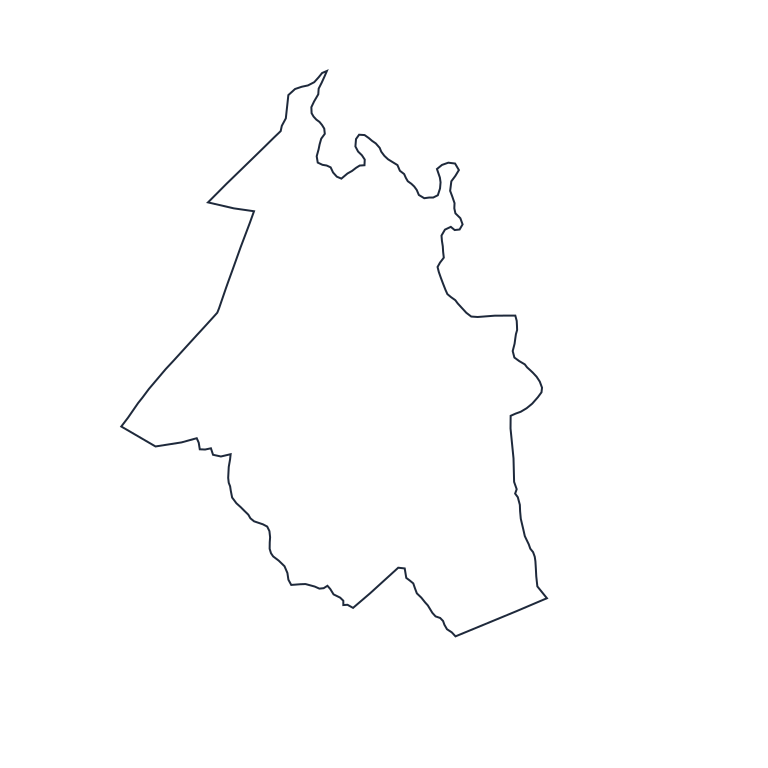 Kabete, Central, Kenya (Robinson projection), rotated 42°
{"feature_id": "3690345B91276718043628", "entity_name": "Kabete", "entity_type": "district", "adm_level": 2, "iso_a3": "KEN", "parent_name": "Kenya", "parent_adm1": "Central", "projection": "robinson", "projection_center": [36.694, -1.21], "detail": "fine", "context": "isolated", "style": "outline", "palette": "slate", "viewbox_px": 768, "rotation_deg": 42, "n_neighbors": 0, "source": "geoboundaries", "source_scale": "gbopen_adm2", "svg_char_len": 3249}
<svg xmlns="http://www.w3.org/2000/svg" viewBox="0 0 768 768"><g transform="rotate(42 384 384)"><path d="M435.8,245.3L420.7,259.0L408.8,271.5L403.7,275.5L397.5,276.0L390.1,275.3L384.9,274.8L380.9,274.0L375.7,274.6L371.0,274.8L366.7,272.9L360.7,269.9L355.3,267.1L349.8,264.1L345.5,261.2L344.4,256.3L343.9,250.1L339.6,246.3L335.5,242.3L331.2,238.8L327.4,235.2L326.0,228.5L328.5,222.5L333.5,222.3L336.8,218.6L335.6,212.8L329.8,209.7L322.9,209.4L318.7,206.4L315.4,202.4L309.3,199.0L303.9,196.2L301.4,192.6L298.4,188.3L297.8,181.7L296.5,174.9L289.3,172.6L283.7,176.5L280.5,182.4L279.5,188.8L287.4,193.2L291.1,196.3L294.8,201.2L297.7,207.7L295.8,212.5L292.8,215.2L289.6,219.0L283.4,220.2L278.5,217.9L274.3,217.0L270.4,216.9L266.0,217.4L262.3,216.2L258.5,214.5L253.1,214.9L247.5,212.3L241.1,213.5L236.6,214.3L231.6,214.2L226.5,213.2L222.8,211.4L216.9,210.7L212.4,211.3L208.1,211.4L203.0,212.0L198.7,215.4L199.3,220.7L203.8,226.6L209.2,228.6L214.5,228.8L219.5,230.1L223.1,234.5L219.8,237.9L218.6,242.0L217.7,247.0L216.0,252.0L214.9,259.9L210.2,261.5L204.6,260.9L199.4,258.7L195.2,260.0L191.6,262.3L186.6,263.8L181.6,259.8L178.4,253.4L175.8,249.0L173.2,243.7L172.6,237.7L168.7,234.2L164.6,233.0L160.7,232.4L156.8,232.8L152.7,232.4L149.0,231.2L144.8,226.9L143.0,220.9L141.3,212.7L137.8,208.2L136.1,201.9L133.9,194.9L132.1,189.6L129.9,194.3L130.2,199.7L130.2,206.4L127.7,213.0L124.0,218.1L120.5,224.3L119.6,233.3L123.0,238.0L125.6,241.6L133.3,252.3L135.3,260.5L138.0,265.2L137.3,274.7L136.6,286.4L135.9,297.3L134.3,321.5L133.0,340.6L131.7,366.8L154.8,354.0L171.8,342.6L176.5,354.1L185.9,378.2L195.1,400.6L199.8,412.2L202.4,418.5L210.8,438.2L212.4,442.6L212.4,449.8L212.3,466.6L212.2,473.0L212.1,489.1L212.0,508.6L211.8,519.0L212.6,545.0L213.6,555.8L214.0,562.6L216.3,580.3L217.2,591.4L256.0,583.3L272.6,562.9L281.1,549.6L285.6,551.6L290.8,555.8L294.9,552.4L298.4,547.6L304.3,551.0L311.3,547.0L317.0,538.8L320.1,543.1L324.1,549.5L328.0,554.3L331.0,558.0L334.7,561.3L338.1,563.0L341.5,565.8L347.1,570.0L354.1,571.4L360.0,571.4L365.3,571.7L370.6,571.9L374.6,573.2L379.3,573.0L387.9,569.3L392.6,568.1L397.3,570.0L401.9,574.1L405.1,578.2L409.3,583.0L413.3,585.4L417.0,586.3L424.0,585.7L432.0,586.0L438.7,589.1L443.9,593.4L449.5,595.4L455.9,588.7L459.5,585.2L468.0,580.9L472.9,579.3L475.8,576.1L477.0,571.8L481.2,572.3L487.3,574.1L494.4,572.1L498.8,572.3L501.7,575.5L504.6,572.5L510.8,571.1L513.7,548.9L517.5,511.0L522.8,507.2L530.3,513.2L534.6,512.8L539.2,512.6L543.5,515.0L548.5,517.6L554.7,517.8L560.7,518.8L564.7,519.2L573.0,521.7L577.8,522.2L582.3,520.3L586.5,520.6L590.0,522.5L594.9,524.1L600.6,523.2L606.0,523.7L634.5,464.1L648.4,434.2L633.4,431.8L629.7,428.5L625.9,425.1L620.3,419.5L615.1,414.4L611.6,411.5L607.3,409.2L602.9,408.5L598.9,406.3L594.0,404.3L590.4,402.8L584.9,398.9L580.7,396.0L575.8,392.6L570.3,387.5L565.8,382.9L559.2,378.6L554.8,377.7L553.0,373.4L546.2,369.7L530.0,352.6L523.4,346.6L507.8,332.4L499.4,322.9L501.6,318.0L504.2,313.1L506.2,306.6L507.3,299.4L507.2,291.0L506.6,284.8L503.9,281.0L498.2,278.0L492.6,276.5L487.1,276.0L483.1,275.9L479.2,275.9L475.5,275.2L469.1,276.5L463.2,277.1L457.6,273.4L454.1,266.7L451.1,262.3L448.7,258.7L446.8,254.8L444.0,251.9L440.4,248.3L435.8,245.3Z" fill="none" stroke="#1e293b" stroke-width="2"/></g></svg>